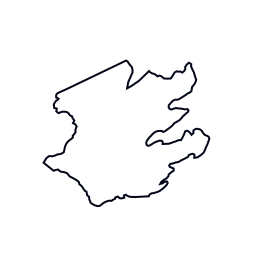 São João de Pirabas, Pará, Brazil, rotated 54°
{"feature_id": "56859067B96544819367141", "entity_name": "São João de Pirabas", "entity_type": "district", "adm_level": 2, "iso_a3": "BRA", "parent_name": "Brazil", "parent_adm1": "Pará", "projection": "equal_earth", "projection_center": [-47.192, -0.774], "detail": "fine", "context": "isolated", "style": "outline", "palette": "ink", "viewbox_px": 256, "rotation_deg": 54, "n_neighbors": 0, "source": "geoboundaries", "source_scale": "gbopen_adm2", "svg_char_len": 3367}
<svg xmlns="http://www.w3.org/2000/svg" viewBox="0 0 256 256"><g transform="rotate(54 128 128)"><path d="M58.4,164.8L59.0,166.6L61.0,168.2L63.5,167.0L63.9,168.6L63.7,170.4L65.2,174.1L68.4,175.9L70.4,174.2L72.4,176.2L73.7,175.9L75.1,175.5L76.1,171.8L77.9,169.3L79.2,168.1L81.4,167.4L83.4,167.6L85.8,166.4L87.1,167.0L90.4,167.0L91.7,169.6L93.9,168.5L96.5,168.6L98.6,171.7L100.6,172.9L101.1,174.5L101.9,177.4L103.3,178.2L103.5,180.8L103.5,183.0L103.9,185.8L105.0,188.2L106.4,190.3L107.8,191.9L109.8,194.0L109.8,195.8L109.4,197.9L107.9,200.6L107.4,203.2L106.3,206.1L105.2,207.2L104.3,208.5L104.5,211.9L105.2,213.6L106.5,216.7L112.7,215.0L118.9,213.3L119.6,210.8L120.6,208.9L122.8,208.5L124.2,207.7L125.9,205.9L127.1,204.9L129.2,203.7L131.2,203.8L133.3,203.5L135.3,202.4L139.8,200.3L142.7,199.5L144.9,200.4L146.2,200.0L148.2,199.6L151.4,199.8L153.6,199.8L155.0,199.0L158.5,200.6L160.7,199.9L163.0,201.3L165.1,201.7L166.7,202.2L170.4,200.7L173.3,198.6L174.4,196.4L174.2,191.8L174.9,188.0L175.8,185.8L177.3,184.1L177.2,182.3L177.7,180.1L176.7,178.9L177.5,176.5L179.9,176.0L181.2,174.6L182.2,172.0L180.2,171.0L180.7,169.0L182.5,168.4L184.4,167.2L185.9,165.6L188.5,162.1L195.5,151.3L194.5,149.5L194.8,147.1L195.7,145.6L196.3,143.9L197.0,141.9L197.6,139.4L197.5,137.3L197.5,134.7L197.1,131.8L196.5,129.5L195.6,128.0L194.0,128.0L193.1,129.7L193.0,132.6L192.2,134.8L191.3,133.1L191.0,129.8L191.4,126.6L190.8,123.7L189.5,122.4L189.4,120.4L189.2,118.4L189.4,116.2L187.6,114.9L185.9,115.9L184.0,117.1L182.6,116.8L181.9,114.8L182.8,113.2L183.5,111.3L184.0,109.4L185.2,107.1L185.3,104.8L185.7,102.6L186.1,100.3L186.3,98.5L186.7,96.7L185.6,94.5L186.7,91.0L188.4,89.9L189.7,90.7L191.0,91.9L192.4,89.6L192.7,87.1L192.7,84.6L192.4,81.4L191.3,79.1L189.5,76.3L188.5,74.5L187.6,73.0L186.1,70.8L184.5,68.5L182.7,67.9L181.5,68.3L180.2,69.0L178.7,70.0L176.4,70.1L174.7,70.1L173.4,70.0L171.9,70.4L169.9,71.8L168.5,73.8L168.4,76.5L170.6,78.1L170.8,80.6L168.7,80.6L166.7,80.9L164.9,81.8L164.3,83.9L165.3,85.2L166.3,86.7L167.2,88.6L168.2,90.4L169.0,92.2L167.5,94.3L166.9,97.4L166.1,99.4L165.6,101.5L164.8,104.1L161.3,109.4L159.7,108.1L158.2,108.2L156.9,109.6L156.0,112.1L155.3,115.2L155.1,117.8L155.0,120.3L154.3,122.2L152.6,122.9L150.7,122.0L149.3,120.1L148.1,115.9L147.8,113.6L147.3,111.9L147.2,108.2L147.9,105.8L148.8,104.4L150.1,102.4L151.9,101.9L152.3,100.1L152.3,98.1L152.3,95.3L152.3,92.2L151.8,89.4L151.3,87.7L151.6,85.4L151.8,83.1L151.9,81.1L150.8,76.6L150.6,74.3L150.3,72.0L150.3,70.3L149.3,68.7L147.6,68.8L146.5,70.9L144.7,72.5L143.1,74.1L141.3,76.3L140.1,77.4L139.4,79.1L139.0,80.7L138.4,82.3L136.9,83.1L135.3,83.0L133.6,81.7L132.9,78.6L132.3,75.9L132.8,73.2L134.0,71.7L134.7,69.6L135.0,65.0L135.2,61.3L135.1,59.4L135.6,57.6L135.5,55.1L134.0,53.5L132.5,52.1L132.0,50.1L131.2,47.6L130.4,46.2L129.0,44.4L127.0,43.9L125.2,43.3L123.4,42.6L121.7,42.0L119.5,41.7L115.3,40.8L113.5,39.3L111.0,40.3L111.2,43.1L112.3,46.0L114.1,47.0L114.9,49.0L115.1,51.5L112.9,52.6L112.0,54.2L110.8,55.2L110.5,57.9L111.5,60.0L113.1,64.3L111.3,67.1L110.3,68.2L109.1,69.8L106.7,70.4L105.2,70.9L104.0,71.9L103.5,73.8L100.3,74.6L97.9,76.4L96.1,77.3L94.3,77.5L95.9,88.8L96.3,91.9L96.2,93.7L96.1,98.3L96.0,100.9L95.4,105.4L91.0,100.8L85.6,91.5L83.3,90.1L81.0,89.1L78.2,89.3L76.3,89.4L74.0,89.2L72.3,90.0L66.2,123.4L61.5,149.1L60.1,156.5L59.2,160.7L58.4,164.8Z" fill="none" stroke="#020617" stroke-width="2"/></g></svg>